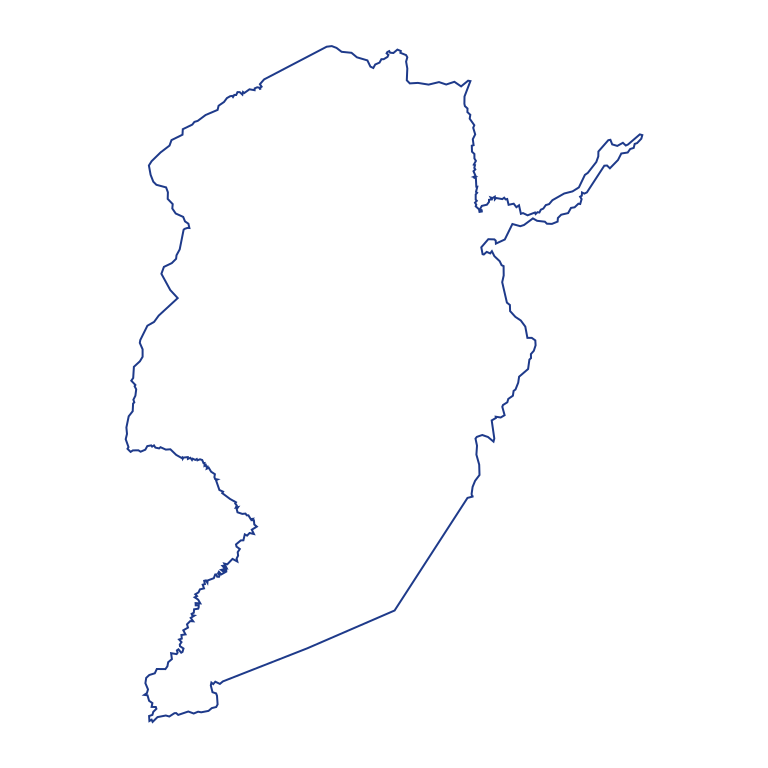 Chama, Muchinga, Zambia
{"feature_id": "96606910B17560798529879", "entity_name": "Chama", "entity_type": "district", "adm_level": 2, "iso_a3": "ZMB", "parent_name": "Zambia", "parent_adm1": "Muchinga", "projection": "orthographic", "projection_center": [32.797, -11.274], "detail": "fine", "context": "isolated", "style": "outline", "palette": "blue", "viewbox_px": 768, "rotation_deg": 0, "n_neighbors": 0, "source": "geoboundaries", "source_scale": "gbopen_adm2", "svg_char_len": 6067}
<svg xmlns="http://www.w3.org/2000/svg" viewBox="0 0 768 768"><path d="M393.4,53.0L390.1,52.7L389.2,51.1L387.3,52.1L386.6,53.3L388.4,54.9L387.5,56.9L383.7,59.2L381.4,59.2L379.5,62.6L375.2,64.5L373.3,68.0L370.4,66.6L367.4,60.4L356.9,57.3L351.5,52.8L341.6,51.8L336.5,47.9L331.8,46.1L326.7,46.7L264.1,79.4L259.9,84.2L261.6,86.7L260.2,87.7L260.4,89.6L259.1,87.6L257.2,87.3L254.7,88.4L254.6,90.2L249.5,89.3L244.3,93.0L243.0,92.0L242.4,94.6L239.7,92.1L237.5,92.1L236.2,95.0L234.3,94.9L233.0,97.0L232.2,95.9L230.2,96.2L226.9,98.1L224.0,102.0L218.6,105.7L217.6,109.9L205.6,115.0L197.7,120.9L194.4,121.9L192.3,124.6L182.8,129.2L182.5,134.7L171.5,140.1L169.5,145.6L160.6,152.4L151.6,161.2L148.9,165.5L150.6,174.8L153.3,181.7L156.4,184.8L166.1,187.4L167.9,192.3L167.7,198.9L172.7,204.1L172.3,208.5L175.7,213.5L183.2,216.9L185.0,221.4L188.4,223.7L189.4,228.0L187.5,227.9L184.8,228.8L183.7,229.6L183.6,229.8L179.7,249.4L176.5,255.3L176.1,258.8L171.8,263.1L163.9,266.9L161.4,273.8L170.3,290.1L177.7,298.1L158.7,315.6L154.1,321.9L147.4,325.7L140.3,340.0L139.8,342.9L142.6,349.3L142.6,356.8L139.9,361.3L133.9,366.8L133.2,378.0L131.3,380.7L135.4,385.0L134.6,386.2L136.2,389.3L135.4,395.7L133.4,399.7L134.3,402.4L133.1,403.5L132.7,411.2L128.7,416.3L126.4,427.5L127.0,433.9L125.7,439.2L128.5,447.1L127.5,448.8L130.6,451.9L132.9,450.4L138.4,450.3L140.6,451.7L145.3,449.7L147.3,446.1L151.2,445.4L152.1,446.6L154.0,445.4L155.4,447.6L159.1,448.4L160.5,447.2L165.8,449.6L170.4,449.3L176.2,454.9L181.5,457.9L182.3,457.4L182.7,458.8L183.4,457.6L187.8,457.1L187.9,458.9L190.4,457.8L192.0,460.0L192.7,458.7L195.3,459.9L196.8,459.0L197.4,460.3L200.0,459.3L202.2,460.0L203.5,463.1L204.6,463.0L204.5,465.8L205.8,465.0L206.1,466.4L207.4,466.5L206.8,468.6L208.7,467.7L211.1,471.7L214.9,474.2L214.4,477.1L215.1,479.0L217.5,479.5L216.0,480.2L219.4,490.0L223.1,491.7L222.2,493.1L230.1,499.0L236.0,502.3L235.2,503.5L236.8,505.5L235.8,507.6L238.1,507.1L236.7,509.1L237.5,512.3L242.3,513.9L245.5,513.6L246.7,515.3L248.4,515.3L250.7,519.1L252.9,518.8L252.0,520.2L253.9,520.3L254.3,524.5L256.8,526.6L251.8,529.7L253.9,534.0L249.6,533.0L247.1,535.6L244.8,534.4L243.4,540.3L240.8,540.4L236.0,544.4L236.5,546.6L239.8,549.0L237.7,552.2L238.1,555.6L236.6,558.6L237.3,561.5L232.5,558.9L227.3,564.3L224.3,563.6L226.8,568.4L225.4,568.2L224.3,565.7L222.5,565.9L225.1,568.9L221.2,569.9L223.1,571.4L226.2,570.5L226.3,571.6L221.3,574.4L218.9,571.8L218.1,573.3L219.6,575.2L219.0,576.8L217.2,576.7L216.2,574.4L215.2,574.5L213.8,578.2L207.6,580.5L207.4,582.8L205.9,580.4L204.2,580.8L204.9,584.1L202.7,584.7L204.0,588.4L199.9,589.4L198.5,592.4L195.3,594.3L197.0,596.1L194.7,597.3L198.1,599.6L200.3,603.4L195.6,603.1L195.7,605.3L198.7,605.3L198.7,607.2L198.2,608.7L194.1,609.3L193.8,612.7L191.6,613.9L192.2,615.2L194.4,615.6L190.7,617.9L193.2,621.3L190.2,621.1L187.0,624.3L188.0,627.6L183.3,630.3L185.5,634.4L181.4,635.0L181.8,638.6L179.1,639.5L181.5,642.1L179.8,644.5L180.0,646.2L183.5,648.5L182.5,651.9L181.2,652.7L178.4,649.3L176.9,650.4L177.6,652.7L176.6,654.1L171.1,653.2L171.9,659.1L168.2,662.2L167.4,666.3L165.4,669.1L156.8,669.0L154.8,673.3L149.3,675.0L146.2,677.9L145.4,683.2L148.0,689.4L146.9,693.1L144.3,694.9L147.5,695.3L149.1,700.8L152.4,703.1L151.6,706.9L155.8,707.0L156.4,708.8L153.3,711.8L152.4,714.9L149.1,716.0L149.4,721.0L151.6,719.7L152.6,721.9L157.5,717.1L165.8,715.5L169.3,716.5L174.4,713.2L176.2,713.1L178.2,714.9L188.3,711.5L193.7,713.5L198.1,711.7L201.2,712.3L208.5,710.9L211.8,708.1L216.2,707.0L217.6,704.4L217.0,695.8L216.1,693.4L212.5,692.2L210.8,685.4L211.4,682.6L213.2,684.1L215.3,681.7L219.9,683.9L222.9,681.4L307.3,648.3L394.6,610.5L467.5,497.9L473.4,496.4L472.0,496.2L471.6,493.9L472.6,486.9L475.1,480.8L479.5,475.0L479.2,464.7L476.4,454.6L477.0,445.7L475.5,438.6L476.8,436.9L482.2,435.0L488.0,437.0L493.5,441.6L494.3,438.5L491.7,420.4L495.9,418.0L495.7,416.7L500.7,417.5L504.6,415.2L502.3,406.8L503.0,405.0L507.3,402.3L508.3,398.9L512.9,395.7L513.6,390.9L515.5,389.5L518.2,382.7L519.1,376.7L528.1,369.0L529.4,359.6L531.0,358.1L530.9,354.1L533.8,350.8L535.6,345.3L535.3,340.4L531.8,337.9L527.4,337.9L525.3,326.6L520.8,320.5L515.4,316.9L510.1,311.1L509.9,305.0L506.9,302.6L502.2,282.2L503.7,275.5L503.6,266.1L501.6,265.2L499.7,261.2L494.4,256.2L491.9,251.2L490.2,253.4L486.7,251.9L483.8,254.5L482.6,254.2L481.3,247.3L488.3,239.2L494.4,239.4L495.7,240.6L495.9,243.6L504.8,239.5L512.4,224.0L520.3,226.2L524.0,225.0L532.9,218.4L537.1,220.8L544.9,221.7L546.9,223.7L551.9,223.9L557.6,221.6L557.9,218.0L561.2,214.7L568.1,213.1L571.0,207.9L574.6,207.3L578.4,203.7L580.2,204.0L581.6,199.1L580.1,196.7L581.8,195.7L582.0,192.5L584.3,193.6L586.9,192.4L604.3,165.7L607.0,165.5L609.9,168.3L618.0,160.0L621.3,153.5L627.7,152.5L630.2,149.0L633.7,147.9L634.7,143.9L637.1,143.1L641.3,138.7L642.3,135.1L639.8,134.4L628.0,144.5L625.8,145.5L622.9,142.8L617.3,145.9L612.2,144.4L610.4,139.8L608.3,140.2L598.4,151.5L598.3,156.4L596.3,162.0L587.8,172.9L584.9,174.9L578.9,187.4L572.5,191.4L564.2,193.5L552.4,200.2L549.1,204.1L545.8,205.1L543.3,208.6L540.8,209.7L539.4,212.5L537.5,212.2L535.6,214.0L535.0,212.5L527.6,215.3L523.0,213.1L520.9,213.8L519.0,205.3L516.4,207.2L513.7,203.7L508.6,204.8L507.2,199.0L505.6,199.4L504.2,197.7L502.3,199.1L496.1,198.0L494.9,199.3L494.8,196.7L492.4,198.1L490.7,197.5L491.7,199.4L489.0,199.8L489.0,201.9L486.9,204.7L481.8,205.9L479.9,209.4L481.7,210.2L481.8,211.5L479.5,211.9L479.0,209.3L475.7,206.3L476.3,204.7L475.0,202.7L476.8,200.8L475.7,199.6L475.7,194.4L477.1,192.8L476.0,191.9L477.3,186.7L476.3,186.7L475.9,178.5L474.5,177.8L475.7,177.0L474.0,176.7L475.6,176.0L473.5,171.2L475.3,169.4L474.3,167.9L475.0,165.1L473.8,164.7L475.9,160.9L474.4,158.4L474.4,154.0L472.0,151.7L471.8,145.7L473.6,145.2L472.8,139.2L475.2,134.4L473.2,127.8L474.3,125.2L469.7,118.7L470.3,114.8L467.4,112.1L467.5,108.5L464.9,106.1L464.4,103.8L464.5,96.5L470.4,81.1L468.1,80.7L461.1,86.4L454.4,81.8L446.2,84.5L439.0,82.1L428.6,84.6L417.9,82.9L409.8,83.4L406.8,80.3L407.3,68.5L406.1,61.6L407.3,57.3L406.1,55.1L400.4,52.8L400.8,51.0L397.4,49.6L393.4,53.0Z" fill="none" stroke="#1e3a8a" stroke-width="2"/></svg>